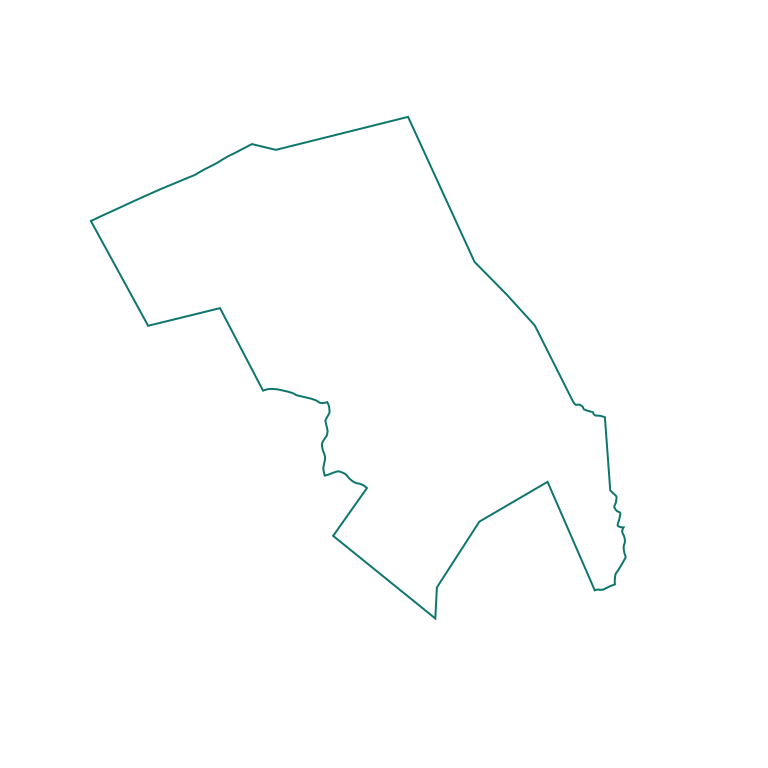 the district of San Nicolas, Copán, Honduras, rotated 239°
{"feature_id": "27666195B43744954115993", "entity_name": "San Nicolas", "entity_type": "district", "adm_level": 2, "iso_a3": "HND", "parent_name": "Honduras", "parent_adm1": "Copán", "projection": "equal_earth", "projection_center": [-88.778, 15.002], "detail": "fine", "context": "isolated", "style": "outline", "palette": "teal", "viewbox_px": 768, "rotation_deg": 239, "n_neighbors": 0, "source": "geoboundaries", "source_scale": "gbopen_adm2", "svg_char_len": 5989}
<svg xmlns="http://www.w3.org/2000/svg" viewBox="0 0 768 768"><g transform="rotate(239 384 384)"><path d="M98.6,458.4L98.2,460.1L97.2,462.3L96.4,463.0L95.8,464.2L95.3,465.2L94.8,465.9L94.7,468.2L94.6,469.3L94.4,471.6L94.3,472.7L94.1,474.4L93.8,475.9L93.5,477.5L93.3,478.7L94.6,479.4L95.8,480.0L96.6,480.5L97.2,480.9L99.8,482.8L101.0,483.9L101.3,484.1L101.6,484.4L101.8,484.7L102.1,485.1L102.2,485.4L102.4,485.8L102.7,486.3L103.2,487.5L103.7,488.6L104.2,489.7L104.8,490.8L105.3,491.8L107.0,495.0L108.7,498.0L110.5,501.2L110.7,501.4L111.0,501.7L111.1,501.9L111.4,502.0L111.7,502.2L111.9,502.3L112.3,502.4L112.7,502.5L113.6,502.6L114.1,502.7L114.9,502.9L115.6,503.1L116.1,503.3L117.4,503.8L118.8,504.4L120.2,505.1L120.5,505.3L121.0,505.6L121.5,505.9L121.9,506.3L122.2,506.6L122.5,506.9L123.2,507.9L123.5,508.1L123.9,508.5L124.3,509.0L124.8,509.3L125.3,509.6L125.7,509.8L126.5,510.2L127.0,510.5L127.8,510.8L128.5,511.0L129.2,511.2L129.8,511.4L130.3,511.5L130.8,511.5L132.1,511.6L133.0,511.7L133.5,511.7L134.2,511.9L134.4,512.0L134.8,512.1L135.0,512.3L135.4,512.5L135.7,512.8L136.1,513.3L136.6,513.8L137.0,514.3L137.4,514.9L137.7,515.5L138.0,515.0L138.3,514.6L138.7,514.0L139.2,513.4L139.5,513.0L139.9,512.7L140.3,512.3L140.6,512.1L141.0,511.9L141.3,511.6L141.6,511.5L141.8,511.5L142.1,511.4L142.3,511.5L142.6,511.6L142.8,511.6L143.0,511.8L143.7,512.4L144.2,512.9L145.4,514.3L146.1,515.2L146.5,515.6L148.5,517.5L150.1,519.0L150.4,519.3L150.7,519.5L151.0,519.7L151.2,519.8L151.4,519.9L151.7,520.0L152.1,520.0L152.3,520.0L152.6,519.9L152.8,519.8L153.0,519.7L153.7,519.1L154.0,518.9L154.4,518.7L154.8,518.4L155.3,518.2L155.8,518.1L156.0,518.0L156.6,517.9L156.8,517.9L157.7,517.9L158.2,517.9L159.3,517.9L159.5,517.9L159.8,518.0L160.1,518.2L160.4,518.4L160.7,518.6L160.9,518.8L161.1,519.0L161.6,520.0L161.9,520.3L162.2,520.7L162.4,521.0L162.8,521.4L163.4,522.1L164.4,522.9L164.9,523.3L165.9,524.1L166.9,524.8L167.5,525.1L167.8,525.3L168.1,525.3L168.3,525.3L169.2,525.1L173.0,524.0L176.2,523.1L241.7,556.2L242.5,555.6L243.5,554.8L244.2,554.1L244.8,553.5L245.0,553.3L245.4,552.8L245.8,552.3L246.5,551.5L247.0,550.7L247.5,549.7L247.9,549.3L248.1,549.1L248.4,548.9L248.5,548.8L249.2,548.5L249.7,548.3L250.0,548.3L250.3,548.2L250.8,548.3L251.0,548.3L251.5,548.5L251.8,548.5L252.0,548.5L252.4,548.4L252.7,548.2L253.2,547.7L254.1,546.7L254.8,546.1L255.5,545.4L256.7,544.3L258.0,543.3L258.4,543.0L258.9,542.6L259.2,542.4L259.5,542.3L260.0,542.3L260.3,542.3L260.9,542.5L261.3,542.5L261.8,542.6L262.2,542.5L262.5,542.5L262.7,542.4L263.3,542.2L263.8,542.0L264.3,541.7L264.9,541.3L265.3,541.1L265.5,541.0L265.7,540.7L266.0,540.4L266.2,540.1L266.5,539.6L266.6,539.2L266.7,538.8L266.9,538.4L267.0,538.1L267.3,537.9L267.5,537.7L267.8,537.4L268.3,537.3L268.7,537.2L269.6,537.1L270.5,537.0L271.2,537.0L271.8,537.0L356.5,543.4L397.6,535.2L442.0,524.5L600.6,542.2L640.4,411.9L657.7,394.3L658.2,385.8L658.7,377.8L658.8,375.4L659.3,370.0L659.5,366.9L659.5,365.0L659.6,362.9L659.6,361.9L659.6,360.8L659.5,358.3L659.5,357.0L659.5,355.7L659.5,354.4L659.6,353.1L659.6,351.9L659.8,349.1L660.2,344.1L660.4,341.0L660.5,338.3L660.6,336.8L660.6,335.3L660.6,333.9L660.6,331.4L660.6,330.3L660.7,329.2L660.8,328.1L661.1,326.4L661.9,321.3L662.4,317.9L666.0,293.6L666.2,292.4L666.3,291.3L666.8,287.2L667.9,278.1L669.2,267.3L669.9,260.9L673.4,229.5L674.6,217.8L674.7,216.7L555.4,211.8L533.5,282.5L440.6,276.9L440.5,277.8L440.3,278.5L440.1,279.2L439.8,280.3L439.5,281.4L439.2,282.1L438.9,282.8L438.6,283.5L438.4,283.9L438.0,284.6L437.0,286.1L435.9,287.7L435.1,288.8L434.6,289.5L433.9,290.4L432.5,291.8L430.4,294.1L427.8,296.8L426.3,298.3L425.7,298.8L423.8,300.5L423.3,300.9L422.8,301.3L422.3,301.6L421.8,302.0L421.2,302.3L420.3,302.7L419.9,303.0L419.5,303.3L419.1,303.6L418.9,303.8L418.6,304.0L417.7,305.0L415.7,307.1L411.9,311.0L409.7,313.2L409.1,313.8L408.5,314.4L406.9,315.7L405.4,317.0L405.0,317.3L404.6,317.5L404.3,317.7L403.3,318.1L402.6,318.5L402.3,318.6L401.4,319.1L401.1,319.4L400.7,319.7L400.5,320.0L400.1,320.4L399.7,320.9L399.3,321.6L399.0,322.3L398.8,322.7L398.6,323.2L398.2,324.1L397.9,325.1L397.8,325.9L396.6,325.9L395.5,325.8L394.5,325.7L393.8,325.5L393.4,325.4L392.8,325.2L392.4,325.1L390.3,324.1L389.4,323.6L388.6,323.2L388.2,322.9L387.6,322.6L387.4,322.4L387.2,322.2L386.9,321.6L386.1,320.3L385.4,319.0L384.2,316.9L383.8,316.3L383.5,315.8L383.2,315.4L382.9,315.0L382.7,314.8L382.4,314.7L381.6,314.4L376.2,312.7L373.9,311.9L373.3,311.7L372.8,311.4L372.3,311.1L371.8,310.7L371.4,310.3L370.5,309.7L370.1,309.2L369.8,309.0L369.5,308.6L369.1,308.1L368.9,307.8L368.8,307.5L368.5,306.9L368.3,306.5L368.1,305.8L367.9,305.3L367.6,304.8L367.4,304.3L366.7,302.9L366.1,301.9L365.5,301.0L365.3,300.8L365.1,300.5L364.9,300.3L364.6,300.0L364.3,299.8L364.0,299.6L363.5,299.3L363.1,299.1L362.2,298.7L361.2,298.3L359.6,297.7L359.0,297.5L358.3,297.4L356.5,297.1L355.6,296.9L354.7,296.7L353.2,296.3L352.1,296.0L351.6,295.8L351.1,295.5L350.6,295.2L350.1,294.8L349.2,294.1L348.8,293.8L348.0,293.0L346.8,291.8L346.3,291.3L345.8,290.9L345.0,290.2L343.4,288.9L342.9,288.5L342.6,288.4L342.0,288.1L341.4,287.8L340.3,287.4L339.3,287.0L338.4,286.8L337.2,286.4L336.9,286.3L336.7,286.2L336.4,286.0L336.1,286.0L335.8,286.5L335.7,286.8L335.5,287.7L335.2,288.7L335.1,289.3L334.9,290.2L334.3,293.4L334.1,294.8L333.6,297.0L333.5,297.4L333.4,298.0L333.2,298.4L333.1,299.0L332.9,299.4L332.8,299.7L332.6,300.0L332.4,300.2L332.2,300.4L332.0,300.7L331.2,301.3L330.7,301.8L328.6,303.4L328.3,303.6L327.8,303.9L327.4,304.1L326.9,304.4L326.1,304.7L325.4,304.9L325.0,305.0L324.1,305.1L322.7,305.3L322.1,305.4L321.4,305.5L320.5,305.7L319.1,306.2L317.9,306.6L316.7,307.1L315.9,307.5L315.4,307.7L314.6,308.3L313.9,308.8L313.4,309.1L313.2,309.3L312.8,309.7L312.3,310.3L311.9,310.8L311.6,311.2L311.3,311.5L310.8,312.0L310.3,312.4L308.1,313.9L307.7,314.2L307.2,314.5L306.6,314.7L306.3,314.9L305.9,315.0L305.1,315.3L304.3,315.6L303.6,315.8L280.0,262.2L156.6,307.2L182.4,324.6L216.9,394.8L215.9,473.8L98.6,458.4Z" fill="none" stroke="#0f766e" stroke-width="2"/></g></svg>